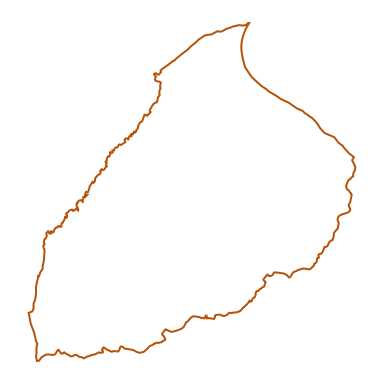 outline of Adi Quala, Debub, Eritrea
{"feature_id": "51966322B57364805304830", "entity_name": "Adi Quala", "entity_type": "district", "adm_level": 2, "iso_a3": "ERI", "parent_name": "Eritrea", "parent_adm1": "Debub", "projection": "natural_earth1", "projection_center": [38.835, 14.613], "detail": "fine", "context": "isolated", "style": "outline", "palette": "amber", "viewbox_px": 384, "rotation_deg": 0, "n_neighbors": 0, "source": "geoboundaries", "source_scale": "gbopen_adm2", "svg_char_len": 5909}
<svg xmlns="http://www.w3.org/2000/svg" viewBox="0 0 384 384"><path d="M249.1,23.0L248.0,23.1L245.9,25.0L242.8,25.6L239.9,25.2L237.8,25.3L236.3,25.9L233.5,26.3L229.7,27.9L226.5,28.8L222.3,31.2L220.5,31.7L217.3,31.3L211.4,34.4L206.0,35.1L203.8,36.1L198.6,39.6L196.6,41.7L190.9,46.4L187.6,49.7L183.2,52.9L174.8,59.8L174.3,60.7L172.3,61.4L170.3,63.2L162.5,68.8L160.5,70.5L161.1,72.0L158.9,74.5L157.8,74.6L155.9,73.2L154.5,73.6L154.1,74.0L154.1,74.6L155.9,76.5L155.1,78.4L154.9,79.6L155.4,80.4L156.2,81.1L159.8,81.8L160.8,82.6L160.8,83.4L160.1,85.4L160.4,88.9L159.6,90.3L159.3,92.0L159.6,95.4L158.0,97.2L157.3,101.1L156.4,102.6L155.4,102.6L153.8,103.6L152.2,105.8L149.6,110.5L150.6,112.0L149.5,113.0L149.1,114.0L147.6,114.7L147.3,115.7L146.9,115.8L144.9,114.7L144.3,115.2L142.3,120.9L141.6,121.7L140.4,122.1L138.7,124.6L137.5,128.9L136.0,130.6L136.0,131.7L135.0,132.5L134.7,131.9L134.0,131.7L132.8,134.3L131.5,133.8L130.7,135.0L131.5,136.0L131.0,136.4L130.4,136.1L129.5,136.2L129.0,136.9L128.6,138.6L128.2,139.4L126.8,138.3L125.9,138.4L124.6,139.5L124.6,140.2L125.2,141.1L125.3,142.1L120.9,145.0L119.5,144.4L118.4,145.3L118.0,146.6L117.1,147.5L116.7,147.3L115.7,147.6L114.8,148.3L114.4,148.7L114.3,150.0L114.1,150.4L112.4,150.4L112.7,152.5L112.2,152.8L110.8,152.1L110.0,152.3L109.9,152.9L110.3,154.6L109.0,156.7L108.2,156.3L107.6,156.9L106.9,158.5L106.7,160.7L105.6,161.6L105.7,162.1L106.6,162.5L106.7,163.2L105.9,165.0L106.1,165.5L106.8,166.0L106.8,166.6L105.8,166.9L104.9,168.7L104.0,169.7L102.5,170.2L102.1,170.1L101.8,169.2L101.2,169.6L100.1,171.3L100.7,172.1L100.6,172.9L99.7,174.3L98.1,174.9L95.7,177.5L95.2,178.4L95.0,180.8L94.0,182.6L93.4,182.8L93.0,181.8L92.5,181.7L92.2,182.7L91.1,184.0L90.4,185.6L89.5,186.5L89.3,188.6L88.6,190.1L88.1,192.0L87.4,192.5L86.0,191.9L85.1,194.2L85.1,195.0L87.1,195.0L84.9,197.3L83.8,196.7L83.4,197.0L82.7,201.8L82.2,201.5L82.0,200.5L81.6,200.2L79.5,200.4L78.2,201.3L78.1,202.1L77.8,202.5L76.8,203.0L77.2,203.7L76.6,204.4L76.5,205.5L76.9,206.8L77.9,208.1L77.8,208.7L78.3,209.8L78.1,210.4L76.8,208.9L76.3,208.7L73.6,210.9L73.0,210.8L72.7,209.8L71.8,209.6L69.1,210.7L68.0,212.3L66.3,213.3L66.1,213.9L66.9,214.8L67.0,217.1L66.6,217.5L66.0,216.6L65.5,216.6L64.9,217.0L65.0,218.3L64.5,218.9L64.1,220.4L63.2,221.4L63.0,222.5L62.1,222.9L61.5,223.8L61.4,226.5L60.7,226.9L58.8,226.0L58.3,226.1L57.8,227.1L57.3,227.5L56.5,227.3L55.3,228.2L54.4,229.7L53.4,232.2L52.5,232.5L51.9,231.6L51.2,231.2L50.5,231.6L50.7,233.5L50.3,233.8L48.9,232.9L48.0,231.3L46.3,233.2L46.8,236.0L45.7,238.6L44.7,239.0L44.5,239.4L43.8,242.1L44.6,244.0L44.3,244.7L43.3,245.5L43.7,248.1L44.4,249.1L44.5,252.0L43.8,260.8L42.6,266.8L42.6,268.8L40.2,272.5L39.1,275.9L38.7,275.6L38.3,275.8L38.0,276.6L37.9,278.8L37.1,281.2L36.0,287.0L36.0,294.1L35.1,299.8L33.6,303.5L33.5,309.1L32.0,311.6L28.7,312.8L30.8,324.0L34.0,332.1L35.9,340.7L37.3,343.9L36.5,347.7L36.5,353.8L36.0,356.8L37.0,361.0L38.1,360.9L39.2,360.5L41.6,357.2L46.1,354.6L50.1,354.5L52.0,355.0L54.4,354.7L55.4,354.0L57.1,351.0L58.1,349.8L58.6,349.9L60.8,353.1L61.5,353.6L63.0,353.4L63.5,352.7L64.3,352.3L65.0,352.8L65.7,353.6L68.5,354.9L70.4,356.2L71.2,356.3L72.3,356.3L74.4,355.1L76.1,354.9L78.3,356.0L78.8,356.7L82.1,357.3L83.5,358.4L85.8,357.4L87.2,356.4L89.3,356.2L90.3,355.4L95.4,354.2L98.8,352.3L100.4,352.9L103.0,352.2L102.9,351.0L101.9,350.2L102.7,348.9L102.8,347.9L103.8,347.4L105.8,349.0L111.1,351.6L112.3,351.6L113.4,351.1L118.0,351.5L119.1,350.5L120.3,347.0L121.1,346.4L122.5,346.8L124.8,348.6L132.9,349.9L137.3,352.2L139.3,352.8L143.5,352.0L146.3,349.7L149.7,346.1L152.5,345.0L153.7,344.3L154.0,343.6L154.5,343.8L156.1,342.8L158.5,342.9L161.9,342.0L162.6,341.1L165.2,339.9L165.3,339.3L163.9,336.3L162.2,334.5L162.1,333.8L165.2,329.6L165.9,329.4L166.5,330.1L167.1,330.0L171.0,331.8L174.4,331.4L181.0,329.0L183.7,327.0L186.2,322.2L187.5,321.5L191.5,317.1L193.6,316.3L197.8,316.8L199.6,317.2L201.1,318.0L202.5,317.8L204.2,318.4L204.7,317.9L205.9,315.5L206.6,315.7L206.8,316.4L206.5,317.9L206.7,318.4L209.1,318.1L213.6,318.9L214.1,318.8L214.9,317.3L215.0,315.7L216.2,314.9L220.3,314.6L221.8,315.5L224.2,316.1L227.2,314.8L229.0,312.9L229.8,312.7L231.4,313.2L233.6,312.5L236.6,312.4L238.2,311.6L239.5,311.5L241.4,309.9L243.1,307.5L244.7,306.6L245.8,305.2L246.6,304.7L248.4,302.6L249.3,301.0L249.7,300.6L250.5,301.7L251.0,301.6L251.6,301.0L252.2,300.3L252.8,298.3L254.2,297.5L255.0,296.6L255.7,294.6L255.7,292.6L256.7,291.2L258.3,290.9L259.6,289.4L261.3,288.4L262.3,287.3L264.4,286.4L264.7,284.1L265.6,282.1L265.2,281.5L263.6,280.4L263.4,279.7L264.0,278.6L267.2,274.7L267.9,274.8L268.8,276.0L270.9,275.9L272.5,275.1L273.8,272.7L274.3,272.4L277.7,272.6L284.1,273.6L287.3,275.4L288.8,277.4L289.6,277.4L290.3,276.9L293.1,272.4L297.9,270.2L298.5,269.8L303.5,268.5L309.9,269.4L313.4,266.1L314.3,264.8L314.4,263.6L315.6,263.1L316.1,262.5L316.8,261.2L317.1,258.4L317.8,258.0L318.6,257.9L318.9,257.1L318.3,255.5L319.1,254.1L320.5,254.0L321.7,253.2L322.6,251.8L324.6,246.9L326.5,246.8L327.4,246.0L328.4,244.2L329.0,242.6L330.9,240.6L332.5,240.1L334.0,235.4L333.7,234.2L334.1,232.6L336.5,229.8L337.5,229.1L338.8,223.0L337.7,220.5L337.7,218.8L338.2,217.1L339.4,215.7L341.3,214.7L348.4,212.3L349.0,211.8L350.2,210.0L349.9,208.3L348.7,205.8L348.7,205.3L350.4,201.3L351.7,194.7L351.0,194.0L350.8,193.0L349.9,192.3L349.0,190.6L347.1,189.3L346.6,188.5L346.1,185.8L348.3,180.4L349.4,179.4L350.4,179.0L351.1,177.7L353.0,176.5L353.5,172.6L355.0,170.3L355.3,166.7L353.7,163.6L353.7,162.9L352.3,160.9L352.4,159.6L354.0,157.2L349.1,153.4L343.7,147.4L342.9,145.9L338.7,143.0L334.3,137.2L325.2,133.3L324.3,132.6L320.1,128.2L318.3,125.1L316.0,122.0L312.4,118.2L309.3,116.3L307.4,114.7L304.4,112.8L302.8,111.0L296.9,108.4L288.7,102.7L280.6,98.9L276.9,96.2L268.3,91.1L267.4,90.0L261.5,86.0L254.3,79.6L251.0,76.1L245.2,67.4L244.8,66.3L243.0,59.5L241.7,52.2L241.3,48.3L241.4,44.7L242.0,40.2L243.0,36.2L245.7,29.0L249.1,23.0Z" fill="none" stroke="#b45309" stroke-width="2"/></svg>